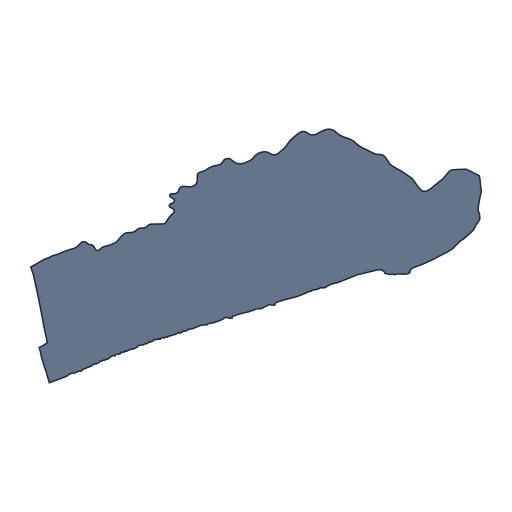 outline of Vinh Chau, Sóc Trăng, Vietnam
{"feature_id": "81297802B36990393529741", "entity_name": "Vinh Chau", "entity_type": "district", "adm_level": 2, "iso_a3": "VNM", "parent_name": "Vietnam", "parent_adm1": "Sóc Trăng", "projection": "orthographic", "projection_center": [105.972, 9.348], "detail": "fine", "context": "isolated", "style": "filled", "palette": "slate", "viewbox_px": 512, "rotation_deg": 0, "n_neighbors": 0, "source": "geoboundaries", "source_scale": "gbopen_adm2", "svg_char_len": 6051}
<svg xmlns="http://www.w3.org/2000/svg" viewBox="0 0 512 512"><path d="M49.3,382.8L66.8,376.2L69.6,374.0L70.6,373.6L75.6,372.7L78.0,371.2L78.8,371.1L80.1,371.3L81.7,370.8L83.5,369.0L85.5,368.5L87.8,367.2L88.3,367.2L89.1,367.0L92.4,365.5L93.5,364.0L94.1,363.9L95.8,364.1L96.7,363.7L97.4,363.2L98.5,362.8L99.4,362.2L100.2,361.2L100.8,361.1L101.6,361.1L102.3,360.9L102.7,360.3L104.5,360.2L105.6,359.7L106.8,359.4L108.5,358.7L111.1,356.5L112.6,355.8L113.5,355.4L114.5,356.0L114.9,355.9L115.6,354.6L116.2,354.2L117.3,354.0L118.0,354.3L119.7,354.1L120.3,353.6L120.3,352.8L120.5,352.4L120.8,352.2L122.0,352.7L122.7,352.5L123.2,351.9L123.8,351.8L124.5,352.0L125.3,350.9L125.8,350.9L126.2,351.3L126.7,351.3L128.3,350.4L130.8,349.3L133.5,349.0L137.3,347.0L137.8,346.2L138.2,345.8L138.7,345.6L140.1,345.3L141.4,344.7L141.9,344.7L142.8,345.0L143.3,345.0L144.2,344.4L145.8,343.6L146.4,343.5L147.2,343.7L147.5,343.5L147.9,342.6L148.3,342.2L148.7,342.0L149.1,342.1L149.4,342.3L149.7,342.4L150.6,342.0L150.7,341.7L151.1,341.4L152.0,341.5L153.0,341.0L154.2,339.5L155.9,339.7L156.4,339.3L156.9,339.2L157.2,339.5L157.5,339.5L158.0,339.3L158.5,338.7L159.0,338.8L159.3,339.3L159.7,339.4L160.1,339.4L160.4,339.1L160.3,338.7L161.4,338.0L162.4,337.7L163.3,338.1L163.9,338.0L165.5,337.1L166.2,337.0L167.2,337.2L167.5,337.1L167.6,336.7L167.9,336.6L168.4,336.6L168.9,335.9L169.4,335.8L170.9,335.9L171.3,335.6L171.8,335.5L172.7,334.8L173.3,334.7L173.9,334.8L174.7,334.7L175.4,334.4L176.1,333.8L177.7,333.3L178.3,332.7L178.9,332.7L179.9,333.0L180.5,332.9L181.6,332.4L182.6,331.5L183.0,331.3L184.4,331.3L186.5,330.7L187.4,330.4L188.8,329.2L189.4,328.9L190.9,329.1L192.1,328.9L200.7,325.4L204.7,324.8L205.5,325.0L206.3,325.0L206.9,324.8L208.2,323.8L209.1,323.4L210.3,323.2L213.1,322.9L220.5,320.3L222.8,319.2L224.6,317.9L225.3,317.7L226.9,317.4L228.1,317.7L228.9,318.2L229.5,318.3L231.4,318.3L232.2,318.1L232.2,317.7L232.0,317.2L232.1,316.8L232.4,316.5L237.6,314.6L244.8,312.6L248.1,312.0L254.4,309.8L256.0,309.1L257.7,308.6L259.5,308.8L260.7,308.7L262.1,308.3L266.1,306.1L267.9,305.4L268.9,304.8L270.3,304.6L271.2,305.0L272.1,305.1L274.4,305.1L274.9,304.9L275.2,304.4L275.1,303.8L275.7,302.9L277.4,302.0L283.5,300.1L291.4,298.0L296.2,296.8L301.0,295.1L308.8,291.7L311.1,291.1L312.3,290.4L313.1,290.0L316.0,289.6L317.2,289.0L317.6,289.2L318.3,289.1L320.4,287.7L321.1,287.6L321.6,287.9L322.3,288.0L322.8,287.9L323.3,287.6L324.0,287.6L324.8,287.8L325.5,287.5L327.1,286.3L329.6,284.9L331.6,284.0L337.1,282.8L339.0,282.1L357.7,274.6L359.9,274.2L377.0,270.0L379.5,269.6L380.8,269.9L382.2,270.4L383.6,271.1L384.4,272.1L385.0,273.3L385.3,273.6L386.0,273.8L387.3,273.7L388.2,273.9L388.5,274.2L389.1,274.5L393.4,274.2L393.9,274.3L394.6,274.8L396.3,274.1L397.6,273.9L403.8,274.2L407.0,273.9L408.4,273.6L409.3,273.1L410.0,272.3L410.1,270.6L410.8,269.5L412.7,268.0L422.7,264.2L433.7,259.1L443.5,253.9L447.6,251.9L451.5,249.4L452.8,248.5L459.1,242.1L461.2,240.4L463.5,239.0L471.1,232.3L473.6,229.7L476.1,224.7L478.2,221.9L479.6,219.4L479.8,218.7L479.9,217.4L479.4,213.8L478.9,212.2L478.3,211.1L478.1,209.8L478.7,204.0L481.3,191.1L481.3,189.8L480.7,187.2L479.9,178.4L479.1,175.6L466.5,169.3L465.0,169.2L461.5,169.4L458.5,169.4L453.3,169.8L451.5,170.0L450.0,170.9L448.8,171.9L446.9,174.0L445.0,176.4L443.0,178.7L430.7,188.7L427.8,190.5L426.1,191.2L424.6,191.4L422.7,191.1L421.6,190.5L419.5,188.5L417.1,185.4L414.2,181.2L411.4,178.0L406.8,174.8L401.2,171.0L395.9,168.1L392.4,166.0L391.1,165.0L389.4,163.4L386.9,159.4L385.2,157.1L383.5,155.5L381.7,154.7L377.3,154.3L376.0,154.0L374.2,153.5L370.4,151.7L366.8,149.8L363.4,148.4L360.4,146.6L358.4,145.2L356.6,143.9L355.5,142.8L354.4,141.8L353.1,140.9L350.7,139.6L348.9,138.7L344.5,137.3L341.2,135.9L339.4,134.9L336.7,132.9L335.3,131.6L333.9,130.6L333.0,130.2L330.6,129.3L329.4,129.2L327.0,129.3L325.0,129.8L320.4,131.9L316.4,134.2L315.6,134.5L313.8,134.8L312.1,134.9L310.5,134.7L308.6,133.8L306.1,132.2L304.7,131.6L303.9,131.5L302.5,131.5L301.9,131.6L300.7,132.0L297.7,133.9L291.9,138.8L289.2,141.6L285.5,146.9L283.9,148.5L278.3,153.3L277.1,154.0L276.1,154.5L273.7,154.8L272.3,154.6L271.6,154.3L268.2,152.5L266.2,151.9L264.3,151.8L261.8,152.1L259.3,152.9L257.9,153.7L255.7,155.1L252.3,158.9L250.2,160.5L245.0,162.8L243.7,163.3L241.2,163.8L238.6,163.7L236.7,163.3L233.6,161.6L230.3,159.0L229.6,158.6L228.2,158.5L227.0,158.6L224.6,159.4L224.3,159.6L223.9,160.1L221.9,163.1L221.6,163.5L219.9,164.5L217.9,165.1L214.5,165.8L212.3,166.4L209.5,167.7L207.3,169.0L204.8,170.7L200.2,172.1L198.7,172.9L197.9,173.7L197.5,174.3L197.3,175.1L197.3,179.9L196.8,182.5L196.4,183.5L196.1,183.9L194.8,185.3L194.1,185.7L192.5,186.4L190.3,186.8L186.8,186.7L185.1,186.4L183.1,186.4L181.2,186.8L180.6,187.1L179.7,188.2L178.9,189.7L178.2,191.6L177.9,192.1L177.3,192.7L176.1,193.3L175.6,193.5L174.4,193.7L172.2,193.7L170.4,194.0L170.0,194.4L169.7,195.3L169.9,196.4L170.9,197.3L173.8,199.2L174.3,200.1L174.4,200.9L174.2,201.5L173.7,202.2L172.9,203.0L170.3,203.9L169.9,204.3L169.4,204.9L169.3,206.2L169.6,206.8L170.1,207.3L172.8,208.6L173.7,209.5L174.1,210.4L174.2,211.5L174.0,212.2L173.7,212.6L171.4,214.8L169.4,216.9L166.1,222.0L164.9,223.3L164.3,223.7L163.4,223.9L151.4,224.1L150.2,224.3L148.9,224.8L148.2,225.3L146.5,226.9L145.7,227.4L144.7,227.9L141.2,228.0L139.4,228.3L138.7,228.5L138.0,228.9L135.1,231.2L133.5,232.1L132.9,232.2L130.8,232.5L127.5,232.7L125.7,233.0L123.9,234.1L122.2,235.4L120.1,237.7L118.0,240.3L116.3,242.0L113.8,243.4L111.9,244.3L109.5,245.1L105.1,246.3L102.7,247.1L102.1,247.5L99.1,250.0L98.2,250.4L96.8,250.4L96.3,250.2L95.7,249.7L95.2,249.1L93.8,246.3L93.2,245.6L92.7,245.3L90.9,244.6L88.5,244.3L87.7,243.7L86.4,242.4L85.6,242.1L84.3,241.8L82.7,241.7L82.0,242.0L81.0,242.8L78.1,245.9L77.1,246.7L74.7,248.1L67.2,250.4L65.2,251.2L62.7,252.1L58.7,253.9L52.6,255.7L48.4,257.8L44.3,259.3L41.5,260.8L37.7,263.1L30.7,267.0L33.4,274.7L38.4,297.6L43.0,321.4L43.5,324.5L44.9,331.3L46.4,337.8L47.2,342.8L42.4,346.0L40.1,347.1L39.2,347.4L40.2,351.1L41.5,357.4L42.5,360.3L44.2,366.1L46.6,373.4L49.3,382.8Z" fill="#64748b" stroke="#1e293b" stroke-width="1.5"/></svg>